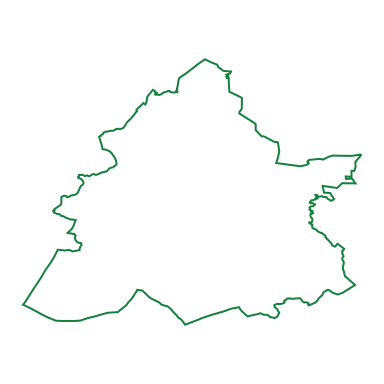 outline of Ambeļu pag., Daugavpils, Latvia
{"feature_id": "27541924B25126117723417", "entity_name": "Ambeļu pag.", "entity_type": "district", "adm_level": 2, "iso_a3": "LVA", "parent_name": "Latvia", "parent_adm1": "Daugavpils", "projection": "robinson", "projection_center": [26.898, 56.048], "detail": "fine", "context": "isolated", "style": "outline", "palette": "green", "viewbox_px": 384, "rotation_deg": 0, "n_neighbors": 0, "source": "geoboundaries", "source_scale": "gbopen_adm2", "svg_char_len": 5905}
<svg xmlns="http://www.w3.org/2000/svg" viewBox="0 0 384 384"><path d="M361.0,155.1L359.8,154.5L357.8,155.0L351.5,155.9L332.5,155.6L328.6,156.8L323.1,159.6L322.0,159.2L320.7,159.2L319.5,158.9L309.2,159.9L307.6,161.2L307.4,161.6L307.6,162.2L308.2,162.5L308.6,162.9L308.7,163.6L306.2,165.0L300.3,166.3L276.2,163.0L277.4,159.3L279.3,151.8L278.1,143.8L277.6,142.1L276.4,142.1L274.4,141.9L264.1,136.5L261.5,136.2L255.7,130.1L255.7,125.8L255.6,124.0L253.6,122.5L239.4,113.5L239.3,112.1L241.8,108.7L241.9,98.0L239.5,96.6L229.3,91.7L229.3,89.5L228.9,85.3L228.7,78.2L226.9,78.1L227.0,77.7L226.3,76.5L226.5,76.1L227.2,76.7L227.5,76.8L228.3,76.4L228.4,76.1L227.9,75.1L226.8,74.5L230.1,73.4L230.4,73.0L231.0,71.5L223.5,70.9L218.1,67.0L217.3,64.7L210.7,62.2L207.4,60.5L204.9,59.3L196.6,65.1L195.2,66.4L185.2,74.0L179.4,77.9L178.5,80.3L177.6,86.3L176.9,88.8L177.3,89.4L176.5,90.2L176.2,90.8L176.3,91.1L177.3,91.7L177.5,91.9L177.3,92.2L176.4,91.7L175.5,92.0L174.8,92.6L173.1,92.4L172.2,92.5L170.4,91.9L169.8,91.6L169.6,91.0L168.3,90.9L165.9,91.9L163.5,92.5L162.1,93.4L161.5,94.1L159.5,94.9L159.0,95.0L156.7,94.5L155.4,94.7L155.0,94.3L155.8,93.3L156.7,93.4L157.0,93.1L156.7,92.7L155.4,92.3L155.1,91.9L154.9,91.0L154.1,90.5L153.3,90.3L152.9,89.9L147.3,96.6L146.5,102.0L145.3,104.5L143.4,103.1L136.4,109.8L136.7,111.2L136.9,111.3L135.9,112.3L134.1,114.7L130.3,119.2L127.2,122.1L124.5,126.5L123.8,127.5L122.4,128.4L120.1,129.1L118.9,129.2L117.6,128.7L116.9,128.8L116.0,129.1L114.2,130.3L112.6,130.9L110.3,130.9L109.3,131.0L107.4,131.7L105.5,131.6L104.7,132.2L103.8,132.5L103.4,132.8L103.1,133.9L102.9,134.1L101.7,134.7L101.0,135.3L100.9,135.8L100.4,135.9L99.1,136.8L102.1,146.3L102.5,149.2L105.1,149.5L107.5,150.3L110.3,151.8L111.9,153.5L113.1,155.5L114.3,156.9L115.4,159.1L116.0,160.7L116.6,163.9L116.4,164.7L115.5,165.5L114.2,165.9L113.5,167.1L112.6,167.5L111.2,167.6L109.5,168.4L108.8,169.0L106.7,171.3L101.8,172.5L96.9,174.7L95.5,174.8L93.8,174.0L93.4,174.0L92.2,174.5L89.3,176.3L87.0,175.4L85.9,175.7L85.3,176.1L84.7,176.0L83.1,175.1L82.7,174.7L80.8,175.0L79.7,174.9L79.0,175.0L78.9,176.5L78.3,176.5L78.1,177.1L78.2,177.8L78.9,178.2L80.4,178.6L81.9,179.7L83.0,181.2L83.5,182.3L83.6,183.2L83.3,184.0L82.4,184.9L80.7,186.2L77.7,192.8L76.9,193.7L74.9,194.9L71.8,195.3L70.6,195.7L68.7,196.9L68.0,197.2L67.3,197.2L66.8,196.9L66.5,196.4L66.5,196.1L65.3,195.7L63.6,196.0L61.5,196.9L61.5,197.2L61.3,199.4L61.4,201.6L61.2,204.5L54.4,209.2L53.7,209.8L53.4,210.5L53.4,210.9L53.9,210.9L53.6,211.3L54.3,211.4L54.4,211.7L54.5,212.1L54.4,212.1L54.5,212.4L54.2,212.4L54.2,212.7L54.4,212.7L54.6,212.5L54.8,212.8L57.0,213.9L59.8,214.3L60.2,214.7L60.7,215.4L61.1,215.9L63.3,216.2L63.9,216.5L64.4,217.0L70.2,219.4L73.2,219.6L75.7,220.1L73.6,225.5L71.8,229.0L67.6,232.9L69.0,233.3L71.7,233.5L72.7,233.9L74.0,233.8L75.2,235.0L75.6,235.6L75.5,236.0L75.2,236.3L75.0,238.2L75.5,240.0L77.1,242.0L77.9,242.5L79.5,243.1L80.9,243.0L81.6,244.4L79.6,248.3L79.6,250.1L72.3,251.4L71.2,250.8L69.4,249.9L65.2,250.5L57.8,249.7L54.2,256.8L50.5,262.9L45.6,269.8L41.9,276.2L39.0,280.8L34.0,288.2L25.0,302.3L23.0,304.7L31.4,308.7L40.6,313.8L47.1,317.1L55.8,320.7L62.9,321.0L68.5,320.9L72.1,321.1L80.3,320.6L86.8,318.4L96.5,316.0L99.2,315.1L106.2,313.2L107.3,312.8L117.7,312.1L126.3,305.2L128.0,302.7L131.3,299.2L132.4,297.8L136.6,291.2L137.3,289.8L142.4,290.6L149.4,297.3L151.3,298.6L159.2,302.4L160.8,303.8L160.7,304.0L162.2,305.0L167.5,306.3L170.5,308.7L172.8,311.5L176.5,315.2L178.7,318.0L179.7,318.4L181.7,320.0L185.1,324.7L200.6,318.8L200.8,318.5L211.9,314.8L224.0,311.3L230.8,308.8L239.0,307.2L240.8,310.2L246.0,315.1L247.8,316.5L249.4,315.9L257.7,314.1L260.3,313.2L263.5,314.7L267.8,314.9L269.7,316.9L274.9,318.0L277.2,316.7L279.2,312.8L276.9,308.8L274.7,307.3L274.3,305.1L277.7,303.7L279.7,304.2L283.6,303.2L284.1,302.9L284.6,302.0L284.1,301.0L284.3,300.6L285.8,300.0L286.9,298.7L287.7,298.5L288.9,298.7L289.2,298.4L292.2,298.8L299.9,298.2L301.2,299.4L302.6,301.5L303.8,302.3L304.5,302.5L306.3,302.2L308.4,303.2L308.5,303.8L308.1,304.5L308.2,304.8L308.9,305.4L315.7,302.4L319.7,297.4L322.6,294.8L322.8,293.7L323.8,292.0L328.0,289.8L330.1,290.7L332.4,292.7L337.8,294.5L342.5,292.9L355.0,285.0L346.5,277.4L345.1,276.4L344.4,274.0L343.8,271.1L342.9,269.3L342.9,266.8L343.6,264.3L343.8,261.9L342.4,259.7L342.2,258.3L343.6,256.1L342.2,253.6L342.3,253.5L342.4,253.3L342.2,251.8L342.5,251.6L342.3,251.0L343.3,250.2L344.2,248.9L337.6,243.8L336.5,244.7L335.5,246.5L334.6,246.6L332.6,245.5L331.9,244.8L331.5,243.5L331.1,243.0L330.2,242.4L329.2,240.9L328.1,240.1L327.9,239.6L326.4,238.6L326.3,237.7L325.4,237.0L325.6,236.6L325.4,236.3L325.4,235.8L325.1,235.6L324.9,235.2L322.4,233.6L321.9,233.0L321.0,233.0L319.3,232.1L318.4,231.9L317.4,231.1L316.7,230.0L315.7,229.4L314.9,229.3L314.2,228.8L313.5,228.6L312.3,227.6L312.3,226.2L311.7,225.2L312.2,224.6L311.1,223.7L309.4,223.4L309.3,222.3L309.5,222.2L310.6,222.6L311.2,222.6L311.6,222.3L312.3,221.0L312.4,219.2L312.2,218.8L311.6,217.9L310.7,217.0L310.3,215.5L310.3,214.7L310.5,214.2L312.0,213.8L312.3,213.3L313.0,213.0L313.0,212.8L312.6,212.3L311.7,212.5L311.2,212.3L311.1,211.5L312.1,210.9L309.6,209.7L310.0,208.7L310.0,208.2L309.5,207.8L310.3,206.8L311.2,206.3L313.3,206.2L314.0,205.2L314.8,204.8L315.0,204.4L313.8,204.2L313.1,203.4L312.3,203.0L310.4,203.3L310.2,203.2L310.1,202.6L309.9,202.1L311.5,200.3L313.2,200.1L315.4,199.4L315.6,199.1L315.4,198.4L315.6,198.2L316.8,198.7L317.6,198.4L317.6,198.2L316.9,197.4L316.5,196.5L316.3,196.3L315.5,195.0L316.1,194.8L317.1,195.2L317.0,196.2L317.5,196.4L318.4,196.4L319.2,196.7L322.1,196.1L323.1,197.0L323.6,197.1L324.7,196.9L326.5,197.3L326.9,197.5L327.4,198.5L328.0,199.0L331.2,200.8L333.6,199.6L334.1,199.1L330.1,193.0L324.0,192.6L322.6,185.9L337.2,188.0L342.1,183.2L355.4,183.4L352.1,178.6L346.1,179.0L345.7,176.5L351.5,176.7L351.5,170.8L354.3,170.9L355.6,167.0L355.3,162.3L356.5,160.5L357.9,159.0L361.0,155.1Z" fill="none" stroke="#15803d" stroke-width="2"/></svg>